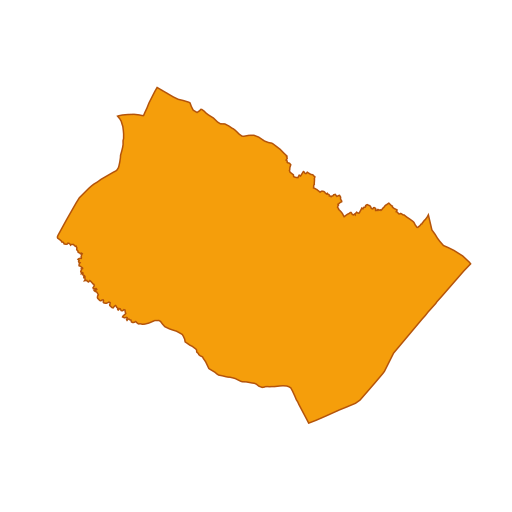 Bati, Takêv, Cambodia, rotated 210°
{"feature_id": "14789045B57652846304947", "entity_name": "Bati", "entity_type": "district", "adm_level": 2, "iso_a3": "KHM", "parent_name": "Cambodia", "parent_adm1": "Takêv", "projection": "mercator", "projection_center": [104.831, 11.274], "detail": "fine", "context": "isolated", "style": "filled", "palette": "amber", "viewbox_px": 512, "rotation_deg": 210, "n_neighbors": 0, "source": "geoboundaries", "source_scale": "gbopen_adm2", "svg_char_len": 6151}
<svg xmlns="http://www.w3.org/2000/svg" viewBox="0 0 512 512"><g transform="rotate(210 256 256)"><path d="M66.2,356.5L68.1,357.3L77.1,359.4L87.4,359.8L93.6,359.4L98.9,358.8L104.2,360.6L108.1,362.3L111.7,364.3L116.7,366.5L127.3,377.8L127.2,375.5L127.6,372.2L128.0,371.1L128.2,369.7L128.3,368.6L128.5,367.6L128.4,366.7L129.0,366.1L129.1,364.7L129.4,363.6L129.8,362.9L130.1,361.7L130.9,361.3L134.0,362.7L135.4,363.7L136.4,364.2L137.8,364.5L141.6,364.9L144.9,365.1L148.4,365.6L149.1,365.1L151.0,365.3L152.0,365.2L152.4,364.4L153.4,363.9L155.9,364.7L156.7,364.5L156.8,365.4L156.8,366.4L158.2,366.4L160.0,366.2L162.2,366.5L162.8,367.4L163.9,367.3L167.4,368.2L168.2,366.6L168.6,365.6L169.2,364.8L169.4,363.9L169.5,362.9L169.6,362.1L170.0,361.1L170.3,358.8L170.6,358.0L171.4,358.2L172.0,357.4L173.1,357.4L173.2,356.5L174.1,356.8L174.2,355.8L175.2,355.2L175.6,355.8L176.2,357.0L177.7,357.1L178.4,356.6L178.3,355.5L178.9,354.9L180.4,355.1L181.0,355.8L181.8,356.1L182.6,356.5L183.9,356.2L185.2,356.2L185.8,355.6L186.3,354.5L185.8,353.9L185.9,352.8L186.9,352.2L187.0,350.3L188.3,350.5L188.1,345.2L188.3,344.4L189.2,344.3L189.9,344.0L190.7,344.3L191.2,342.2L190.7,341.3L191.7,341.5L192.1,340.3L193.4,340.1L194.3,340.7L195.4,341.2L196.1,340.8L196.5,339.6L197.6,338.0L198.1,337.0L199.3,334.1L201.7,335.5L202.4,336.0L205.0,337.0L207.8,337.7L208.3,338.4L209.7,338.9L210.1,340.1L210.0,341.3L210.9,341.8L210.5,342.6L209.9,344.3L208.9,345.9L209.7,346.8L210.5,347.1L211.3,347.6L211.7,348.5L212.2,349.3L214.0,350.3L214.8,349.5L215.2,348.8L215.8,348.0L218.2,349.0L219.4,347.8L219.3,347.0L219.7,346.3L220.4,345.7L220.6,344.9L221.7,345.1L222.5,344.7L223.1,345.5L224.0,345.7L224.7,345.4L225.6,345.9L225.8,345.0L227.4,345.2L228.6,345.7L229.4,345.8L230.5,345.5L231.4,345.1L232.0,344.3L232.4,343.3L234.6,343.7L235.4,343.7L236.4,344.0L237.2,343.9L239.2,343.9L240.2,343.7L240.6,344.6L241.4,346.2L241.3,347.2L241.8,347.9L243.5,351.4L244.1,351.9L244.3,353.2L244.8,354.2L245.7,354.1L246.8,354.6L247.6,354.7L249.2,354.1L252.0,354.1L253.5,354.2L253.7,352.6L254.4,352.1L255.3,352.2L256.2,352.8L257.2,352.8L257.4,347.5L259.0,347.6L259.0,345.9L258.8,344.9L260.1,344.2L260.9,344.0L261.7,343.7L263.0,343.6L263.6,344.2L264.2,345.0L268.4,345.6L269.8,346.7L269.9,347.5L270.9,349.5L271.5,352.4L273.1,353.0L274.0,353.0L275.0,352.6L275.8,352.7L276.3,353.5L277.0,354.1L277.9,354.1L277.8,355.5L277.9,356.4L279.3,357.3L279.1,358.0L283.3,359.0L288.6,360.5L297.3,361.6L298.8,361.6L301.9,360.5L306.2,359.8L313.1,360.3L318.2,359.5L322.4,357.0L326.5,353.5L328.0,352.8L331.4,353.1L336.8,354.5L339.2,354.8L340.6,354.7L344.3,355.0L349.0,354.8L352.9,352.7L356.3,352.8L361.8,354.2L367.8,354.4L370.8,354.8L373.3,355.5L376.3,355.8L377.2,355.3L377.3,354.0L378.8,350.8L383.3,350.9L386.7,353.1L389.7,355.6L391.0,355.6L396.7,354.3L401.7,352.8L407.2,352.4L425.9,352.5L425.9,351.7L425.9,348.1L425.7,344.1L425.2,335.1L424.4,329.5L424.0,324.7L423.6,321.4L424.8,320.7L427.9,319.7L432.5,317.7L438.1,314.2L442.2,311.3L445.0,308.8L445.8,307.9L442.5,306.7L440.1,305.3L438.0,303.3L436.1,301.6L433.6,298.3L431.6,295.4L429.4,291.5L428.8,289.4L426.8,286.0L425.8,283.3L424.7,279.6L423.7,275.6L422.5,273.2L421.0,269.4L419.8,265.7L419.3,263.6L419.4,261.1L419.9,259.6L421.4,257.3L428.5,245.0L430.4,240.7L432.4,237.1L433.5,234.4L434.6,231.1L438.1,218.1L438.3,212.1L438.2,192.3L437.8,174.8L437.5,173.1L436.7,172.3L432.4,171.8L431.2,171.0L430.0,171.5L428.9,171.1L428.2,170.5L427.4,170.8L426.3,171.2L425.4,172.0L425.3,173.1L424.0,173.5L422.8,173.2L422.0,172.7L421.8,173.5L421.0,174.1L419.8,174.7L418.6,174.3L417.4,174.1L416.7,174.6L416.1,174.0L415.3,173.6L414.4,171.8L412.6,171.2L412.1,170.4L411.0,170.3L410.0,170.5L409.2,170.1L408.6,171.2L407.6,171.1L407.7,170.0L407.3,169.0L407.2,168.2L406.5,167.5L406.1,166.6L407.1,166.1L408.0,165.3L408.5,164.1L407.0,163.7L406.9,162.5L406.2,162.0L405.0,162.2L405.2,160.8L404.4,159.1L402.6,159.3L401.6,159.0L400.4,159.0L399.9,158.4L400.9,157.5L400.3,157.0L400.1,155.1L399.3,154.4L398.4,154.7L398.4,153.4L397.2,154.4L396.9,153.1L394.8,153.2L393.9,152.6L394.8,152.1L394.3,151.2L393.7,151.8L392.8,150.9L392.2,150.2L392.2,148.8L390.4,150.3L389.4,149.7L388.0,149.8L387.7,151.6L386.7,151.5L384.4,150.8L383.2,150.3L382.2,150.4L381.2,149.3L381.2,148.0L381.3,147.0L380.3,146.2L378.2,147.9L377.2,147.5L377.5,146.5L378.4,145.9L378.8,145.1L377.4,144.9L376.4,145.1L375.5,145.0L373.1,143.5L373.2,142.2L372.5,140.6L371.8,140.1L370.9,139.9L369.3,139.4L368.4,139.4L367.6,140.1L367.3,141.0L366.5,141.6L365.7,141.1L365.3,139.7L364.4,139.3L362.7,139.8L361.9,140.3L361.0,141.5L360.3,142.6L359.0,142.7L358.4,141.5L358.4,140.7L357.9,140.0L355.0,139.3L353.8,139.6L353.6,141.1L353.3,142.1L352.9,142.9L351.9,142.6L351.0,141.9L349.6,141.7L349.1,140.6L348.3,140.3L348.0,141.1L348.1,142.1L347.2,142.4L345.5,141.3L344.5,141.6L343.9,142.4L343.6,143.5L342.4,143.7L341.8,142.8L340.9,141.8L340.1,141.2L340.2,140.2L340.6,139.4L340.8,138.4L341.2,137.3L341.1,136.5L339.5,136.6L338.8,136.8L337.5,138.1L336.7,138.2L336.4,137.3L336.3,136.2L335.5,135.8L335.2,137.4L334.5,137.9L333.3,137.6L332.3,138.0L330.9,136.6L329.3,136.8L328.2,137.8L327.4,139.1L326.1,138.7L323.9,138.4L322.2,139.5L320.2,140.1L318.3,141.4L315.7,143.9L314.6,145.2L311.4,149.5L307.8,151.6L306.0,151.6L302.7,150.2L299.6,149.2L294.6,149.6L291.9,150.1L287.4,151.1L284.5,151.2L280.7,151.2L279.3,150.5L276.3,148.4L274.4,146.2L268.6,145.7L266.3,145.9L261.9,145.4L260.6,145.0L259.3,143.2L257.1,142.7L256.3,142.0L254.4,141.7L251.8,141.9L250.5,141.0L246.7,139.2L240.6,135.0L239.5,134.9L233.5,134.8L230.9,134.3L228.8,134.2L225.0,135.5L221.8,136.4L219.5,137.2L218.0,138.0L215.0,138.9L212.7,139.5L206.6,139.9L205.1,140.2L201.5,142.1L196.1,144.0L193.6,145.0L191.5,145.2L188.5,144.7L184.9,145.3L183.2,146.7L182.7,147.4L180.9,148.6L178.8,149.6L177.2,150.7L174.9,152.0L169.9,155.7L167.8,157.1L165.8,158.1L164.3,158.8L162.2,159.2L160.0,159.2L157.0,157.4L152.2,154.0L149.2,151.7L146.9,150.5L144.7,148.9L129.1,139.1L126.8,137.6L121.8,143.8L113.0,155.8L107.2,163.9L100.0,173.2L96.2,178.2L93.9,183.2L89.7,204.9L87.4,217.7L87.1,220.3L88.3,240.7L80.6,284.5L79.6,289.2L79.0,293.5L76.6,304.8L76.5,306.8L75.1,313.3L68.5,347.2L66.2,356.5Z" fill="#f59e0b" stroke="#b45309" stroke-width="1.5"/></g></svg>